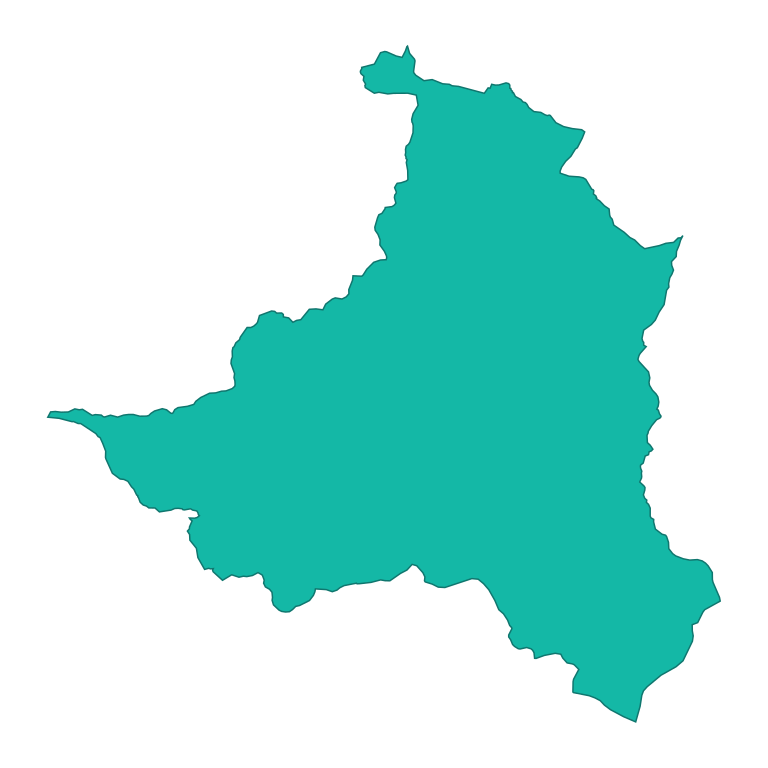 outline of Biertan, Sibiu, Romania
{"feature_id": "2599482B62458739766524", "entity_name": "Biertan", "entity_type": "district", "adm_level": 2, "iso_a3": "ROU", "parent_name": "Romania", "parent_adm1": "Sibiu", "projection": "natural_earth1", "projection_center": [24.526, 46.113], "detail": "fine", "context": "isolated", "style": "filled", "palette": "teal", "viewbox_px": 768, "rotation_deg": 0, "n_neighbors": 0, "source": "geoboundaries", "source_scale": "gbopen_adm2", "svg_char_len": 6061}
<svg xmlns="http://www.w3.org/2000/svg" viewBox="0 0 768 768"><path d="M683.0,660.8L692.4,641.3L693.2,635.9L692.3,630.7L692.2,624.7L697.7,622.6L702.8,612.3L704.7,609.7L720.2,601.1L719.5,597.4L713.0,582.3L712.4,579.6L712.3,572.5L708.1,565.8L705.5,563.1L702.2,560.9L697.4,559.6L689.8,560.1L683.3,558.8L675.7,555.9L672.6,553.6L668.8,548.7L668.5,542.3L666.6,536.6L665.6,535.2L662.0,534.2L655.4,529.1L653.6,521.9L653.7,519.4L650.9,517.8L650.2,516.1L650.2,508.1L648.5,504.3L646.4,502.4L646.8,500.1L644.8,498.4L643.4,494.9L644.8,490.1L645.0,487.6L644.2,486.2L639.7,482.0L641.5,478.1L641.7,476.5L641.4,473.0L641.8,471.2L640.6,468.2L640.4,466.1L640.6,465.1L643.2,463.1L645.2,456.0L648.5,454.7L649.1,451.8L651.4,450.9L652.9,449.2L650.2,445.2L647.4,442.6L647.0,435.3L648.1,433.0L648.3,431.3L651.7,425.7L656.6,419.7L659.9,418.1L660.9,416.9L661.0,416.1L659.5,413.9L658.3,410.1L656.8,409.2L658.2,406.1L658.8,402.1L657.9,396.9L656.0,393.9L652.4,390.2L649.5,385.3L649.0,382.4L649.8,377.9L648.5,371.9L639.0,361.5L637.9,359.3L639.0,355.5L640.2,353.4L646.2,346.6L643.7,345.2L643.7,342.3L642.8,341.4L642.0,338.5L643.7,330.1L651.4,324.5L655.3,320.1L659.1,312.1L664.1,304.6L666.6,290.2L668.9,287.1L668.6,283.7L669.8,277.7L671.9,274.2L673.5,270.1L671.7,265.3L671.5,261.6L676.2,256.6L676.5,251.4L679.1,245.2L680.5,240.4L682.9,235.6L681.0,237.8L678.1,238.0L673.6,242.4L665.9,243.3L659.3,245.6L644.7,248.7L640.3,245.6L634.7,240.0L629.9,237.5L624.2,232.3L613.8,225.1L612.2,219.2L610.3,217.0L609.7,215.1L609.1,209.0L604.4,205.8L599.7,200.9L596.7,199.0L596.2,198.2L596.7,197.9L595.8,195.8L593.4,194.0L593.8,190.7L593.1,189.7L591.7,189.2L585.8,179.4L583.2,177.8L579.1,176.9L569.0,176.2L560.2,173.2L560.1,171.1L561.7,167.0L565.7,161.3L570.9,156.3L575.4,149.0L577.3,147.8L582.2,138.3L584.7,131.9L581.7,129.7L572.3,128.6L563.6,126.6L555.9,122.7L550.3,115.5L549.2,115.1L547.3,115.6L545.0,114.8L540.8,112.4L533.9,111.6L528.7,107.5L527.0,104.3L525.4,102.6L523.0,102.0L520.9,99.5L515.4,96.5L513.5,92.8L512.4,92.6L512.5,91.3L511.2,90.2L510.8,88.5L509.8,88.2L509.8,85.1L508.7,83.6L506.0,82.9L498.9,85.0L495.3,85.1L491.7,84.3L490.1,88.2L488.1,87.9L484.3,93.3L458.5,86.4L452.2,85.8L449.3,84.3L442.7,83.8L432.2,79.6L424.0,80.7L415.7,75.2L413.8,72.7L413.6,71.3L415.0,60.9L414.5,59.2L409.6,53.4L407.5,46.1L406.9,46.6L405.4,51.0L402.1,57.4L396.1,56.0L386.8,51.9L384.8,51.5L380.5,52.7L374.4,64.1L361.7,67.4L361.9,68.3L360.4,71.1L360.4,72.1L361.0,73.7L363.9,76.3L363.3,80.2L365.6,84.1L364.9,85.6L365.3,87.6L374.3,93.2L378.9,92.3L387.8,93.9L393.7,93.3L407.8,93.2L416.3,95.1L418.1,105.3L413.1,113.7L411.7,119.3L412.0,122.1L412.7,123.3L413.2,125.8L413.0,132.8L409.9,142.2L408.5,144.3L406.2,146.2L405.5,149.4L405.7,152.6L405.2,155.1L406.0,156.8L406.0,158.6L407.1,159.5L406.3,162.5L407.7,170.5L407.9,179.7L406.3,181.0L401.0,182.8L397.2,183.3L396.4,184.4L394.6,187.6L396.3,191.9L396.1,193.4L394.8,195.0L394.4,197.6L395.9,203.2L394.0,205.4L392.0,206.6L385.2,207.5L385.0,208.8L381.9,213.4L378.9,214.7L377.6,217.6L374.8,227.2L375.2,230.3L378.0,234.4L380.1,239.8L379.9,245.0L384.4,251.3L386.5,256.0L386.7,257.6L386.2,259.7L380.5,260.0L373.7,262.3L366.8,269.2L363.2,274.9L361.8,276.2L353.0,275.8L352.5,280.3L348.8,289.6L348.9,293.8L346.2,296.9L342.0,299.0L335.2,297.9L332.2,299.1L325.7,304.1L322.9,309.8L316.0,308.9L309.3,309.3L300.8,319.7L296.6,320.4L292.9,322.3L288.7,317.9L283.4,316.9L283.3,314.4L281.7,313.0L276.6,313.1L274.7,311.4L271.6,311.0L259.5,315.5L257.5,322.4L256.3,323.9L253.8,326.1L250.9,327.5L247.1,327.5L240.2,337.3L239.6,339.6L235.8,342.9L234.1,346.7L232.9,347.6L232.2,351.0L232.4,356.9L231.3,359.9L231.0,363.5L234.6,373.6L234.0,377.6L234.9,380.9L235.1,384.3L234.8,386.2L232.2,388.6L226.0,390.9L221.5,391.2L215.6,392.9L209.6,393.2L200.7,397.5L195.8,401.3L193.8,404.4L187.5,406.3L178.0,407.6L174.8,409.6L172.9,413.0L172.2,413.4L170.8,413.2L166.6,409.8L162.3,408.7L154.5,411.0L150.9,413.4L148.8,415.5L146.6,416.1L139.8,416.2L133.3,414.5L128.5,414.5L123.6,415.1L117.7,417.1L110.5,415.2L104.6,417.0L103.2,416.7L101.3,415.1L95.4,414.6L92.2,415.4L82.5,409.3L79.3,409.8L74.8,408.9L68.3,412.0L61.2,412.2L55.3,411.5L50.6,411.9L47.8,417.2L59.1,418.3L72.1,421.7L73.4,421.5L78.1,423.5L80.8,423.6L95.9,433.6L98.1,436.6L100.1,437.6L102.7,443.3L105.7,451.2L105.5,457.4L105.9,458.9L112.4,473.3L120.1,479.0L123.9,479.4L127.9,481.3L131.5,486.8L133.8,489.1L136.7,495.1L137.8,495.5L137.7,496.7L138.4,497.5L140.2,502.3L143.2,505.0L146.5,506.1L148.8,507.9L155.0,508.0L159.4,511.9L171.0,510.1L174.7,508.5L178.2,508.3L182.1,508.8L182.9,509.7L184.5,509.9L190.5,508.8L192.7,510.1L196.7,510.9L197.9,512.6L198.4,514.7L199.4,515.7L197.1,517.5L194.6,518.2L189.4,518.0L190.2,519.3L192.1,520.9L189.5,526.9L189.4,528.8L187.4,531.1L189.6,534.5L189.9,540.2L196.4,548.3L197.9,557.6L204.6,569.4L208.7,568.3L210.6,568.9L213.3,568.6L212.6,570.1L213.1,571.7L222.5,580.3L231.7,574.8L239.0,577.2L243.4,576.2L246.8,576.6L252.5,575.5L258.0,572.6L261.9,574.8L262.5,575.6L264.2,580.1L263.6,583.2L265.4,586.9L269.6,589.3L272.0,592.3L272.5,597.5L272.1,600.3L273.5,604.9L279.0,610.1L281.6,611.4L285.5,612.0L289.4,611.7L292.5,609.6L295.7,606.4L299.6,605.5L309.5,600.5L313.4,595.4L314.9,591.8L315.4,588.9L326.3,589.6L332.3,591.7L337.0,590.1L339.9,587.7L344.1,585.6L352.7,583.9L356.5,583.2L357.0,583.8L359.4,583.7L371.0,582.4L380.6,579.9L385.1,580.7L389.9,580.8L400.5,573.4L407.0,570.0L412.1,564.4L416.7,565.7L422.9,572.7L424.9,576.9L424.5,580.8L425.2,581.9L432.2,584.1L438.2,587.1L444.9,587.5L471.8,578.6L478.2,579.2L483.6,583.7L488.8,589.7L494.9,600.5L498.8,609.7L503.5,613.8L507.6,620.1L509.7,625.5L511.7,627.7L511.9,628.7L508.7,635.0L508.7,637.0L510.6,639.7L512.6,644.5L514.5,646.4L518.2,648.7L520.0,649.0L526.7,647.5L531.0,648.8L532.6,650.2L534.0,652.7L534.6,658.3L536.1,658.4L544.4,655.4L555.2,653.3L560.8,654.2L562.8,658.1L567.1,662.9L572.4,663.9L574.3,664.8L578.8,669.4L573.6,679.2L573.1,681.6L572.9,692.0L573.5,692.6L589.2,695.7L595.0,697.9L600.3,700.7L604.4,705.1L610.5,709.7L623.6,716.7L635.7,721.9L640.1,706.3L641.8,695.3L643.5,690.8L647.3,686.6L661.0,675.2L676.1,666.7L683.0,660.8Z" fill="#14b8a6" stroke="#0f766e" stroke-width="1.5"/></svg>